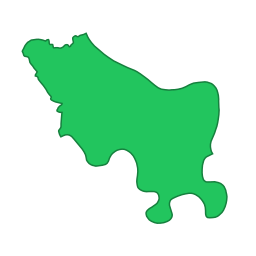 Tan Tru, Long An, Vietnam (Albers equal-area conic projection), rotated 352°
{"feature_id": "81297802B79980761269040", "entity_name": "Tan Tru", "entity_type": "district", "adm_level": 2, "iso_a3": "VNM", "parent_name": "Vietnam", "parent_adm1": "Long An", "projection": "albers", "projection_center": [106.499, 10.529], "detail": "fine", "context": "isolated", "style": "filled", "palette": "green", "viewbox_px": 256, "rotation_deg": 352, "n_neighbors": 0, "source": "geoboundaries", "source_scale": "gbopen_adm2", "svg_char_len": 4391}
<svg xmlns="http://www.w3.org/2000/svg" viewBox="0 0 256 256"><g transform="rotate(352 128 128)"><path d="M40.6,29.2L39.3,30.3L37.6,32.0L36.7,33.3L35.6,35.0L34.5,36.5L34.1,37.1L34.0,37.4L34.2,38.2L34.4,38.6L34.7,40.0L34.8,41.0L34.9,41.4L35.2,42.0L35.4,42.3L36.0,42.7L37.1,43.0L38.6,43.6L39.2,44.3L39.5,44.9L39.7,45.4L39.8,46.5L39.9,47.9L40.0,49.3L40.6,50.7L42.4,53.6L43.3,55.6L44.6,57.6L45.9,59.7L45.2,60.7L43.7,62.5L43.5,63.6L44.8,64.1L45.5,64.8L46.0,65.6L45.9,66.7L46.1,67.5L48.1,71.0L50.0,74.0L51.0,75.9L52.3,78.5L53.4,81.5L54.7,83.9L56.2,86.1L56.3,86.4L56.3,86.8L55.7,87.8L55.5,88.3L55.6,88.9L56.1,89.6L58.0,91.0L59.9,92.1L63.7,93.6L66.1,94.5L65.7,95.5L65.4,95.8L63.4,96.8L61.8,98.1L60.9,99.6L60.3,100.2L60.1,100.8L60.1,101.3L60.9,102.0L62.0,102.7L63.6,103.2L64.8,103.4L64.4,105.0L63.7,108.0L62.3,114.4L61.9,117.2L61.4,118.4L60.0,119.9L59.5,120.3L59.1,120.8L58.9,121.4L58.9,121.7L59.1,123.3L59.3,124.7L59.9,126.5L60.3,127.4L62.8,126.6L65.1,126.1L67.0,126.2L69.0,126.9L71.0,128.5L73.0,131.5L76.0,136.4L79.7,142.4L81.3,145.8L81.8,147.5L82.1,148.1L82.3,149.5L82.4,150.4L82.5,152.5L82.5,153.9L82.8,154.6L83.1,155.4L83.5,156.1L84.6,157.8L86.4,159.3L87.8,160.1L89.5,160.7L90.2,161.1L91.8,161.3L94.0,161.3L97.5,161.3L100.7,160.9L102.4,160.0L104.0,158.1L105.6,155.0L107.6,152.4L109.2,151.0L111.9,149.4L114.1,148.5L116.8,148.1L119.1,148.1L121.4,148.6L123.6,149.8L125.9,151.7L126.2,152.0L127.4,153.3L129.3,156.2L130.4,159.0L131.2,161.8L131.7,164.0L132.0,169.0L131.7,172.4L130.8,176.3L129.8,179.7L129.3,182.0L129.2,183.5L129.2,184.1L129.2,185.4L129.3,186.8L129.5,187.9L129.6,188.3L130.1,189.2L131.1,190.4L132.3,191.4L134.1,192.5L135.6,193.1L137.4,193.6L139.7,193.8L142.8,194.2L145.2,194.6L146.5,195.2L147.9,196.2L148.5,197.3L149.0,198.6L149.1,199.8L149.1,201.6L148.9,202.6L148.4,203.7L147.5,205.1L146.2,206.7L144.5,207.7L140.6,209.7L137.9,210.8L135.8,212.2L134.8,213.2L134.1,214.5L134.0,215.3L134.0,216.3L134.2,218.0L135.4,220.4L136.3,221.9L138.2,223.6L141.2,225.4L143.6,226.3L146.9,226.7L150.3,226.7L153.8,226.0L156.1,225.1L157.2,224.3L157.9,223.7L158.7,222.7L159.1,222.1L159.5,221.0L159.7,220.0L159.6,218.6L158.8,213.7L158.3,210.3L158.6,208.1L159.4,206.3L160.3,205.1L162.3,204.0L164.5,203.3L164.7,203.2L168.1,202.3L172.2,201.5L175.7,201.2L179.3,201.1L181.4,201.4L183.3,202.0L185.6,203.3L188.5,205.8L190.2,208.1L191.4,210.1L192.4,212.3L193.1,214.2L193.5,217.3L193.3,220.7L193.0,223.0L192.9,224.3L193.1,226.0L193.5,226.8L193.7,227.1L194.3,227.7L195.1,227.9L196.1,228.2L197.1,228.3L199.5,228.5L202.0,228.5L204.4,227.9L206.2,226.9L209.3,224.7L211.1,222.7L213.2,219.4L214.7,216.1L215.6,213.4L216.0,211.7L216.4,209.8L216.4,208.3L216.4,207.2L216.2,205.4L216.1,203.2L215.8,202.1L215.0,199.5L214.1,198.0L212.1,195.9L209.8,194.6L206.3,193.3L202.2,192.9L198.3,192.4L197.2,191.8L195.9,190.4L195.4,189.2L195.0,186.3L195.1,182.8L195.7,179.0L196.6,175.1L198.0,171.7L198.6,170.4L200.0,168.7L201.6,167.5L204.0,166.7L208.2,165.3L207.3,162.9L207.1,161.4L207.0,159.7L207.0,158.1L207.4,155.5L208.4,152.7L210.1,149.9L212.1,146.6L213.1,144.9L213.2,144.7L214.7,141.6L216.2,138.7L217.5,135.3L218.6,131.8L219.8,127.5L220.7,122.9L220.8,120.4L221.2,116.6L221.5,113.8L221.8,112.1L222.0,108.4L221.8,105.8L221.4,103.0L220.6,100.6L219.4,98.6L218.2,97.0L216.9,95.7L215.0,94.7L212.8,93.6L210.5,93.0L208.3,92.9L204.0,92.7L199.2,92.7L197.4,93.1L196.2,93.4L194.7,93.8L190.9,95.2L187.1,96.2L183.1,96.6L179.7,96.6L177.7,96.4L176.8,96.3L174.0,96.2L170.2,95.3L166.4,94.2L163.5,92.4L160.5,89.5L157.1,85.8L154.5,82.8L152.2,80.5L151.3,79.6L147.7,76.1L146.2,74.8L144.7,73.5L142.3,71.8L139.7,70.3L135.9,68.1L131.8,65.4L123.2,59.6L117.9,54.9L114.4,51.5L110.2,46.7L106.2,42.2L103.7,38.4L101.9,35.0L100.8,32.3L100.0,29.4L99.7,28.4L97.2,29.2L95.6,29.4L93.5,29.6L92.2,30.2L91.6,30.6L90.7,30.5L90.0,30.2L89.2,29.4L88.1,29.5L86.6,30.3L85.9,31.0L85.7,31.8L85.7,33.0L85.8,34.2L85.9,35.4L85.8,35.8L85.2,36.5L84.5,37.0L83.0,38.0L82.4,39.1L81.6,39.3L81.4,39.4L81.0,39.2L80.8,38.6L80.2,37.6L79.6,37.1L78.7,36.9L77.6,37.0L76.9,37.3L75.1,38.7L73.2,39.4L71.7,39.5L70.4,39.0L69.2,38.6L67.6,38.4L66.2,38.4L65.5,38.2L65.2,37.6L65.2,36.6L65.1,35.9L65.0,34.9L64.5,34.7L64.0,34.6L62.9,34.6L62.2,34.3L62.0,33.9L61.8,33.0L61.9,31.3L61.8,29.9L61.5,29.4L61.1,29.4L60.4,29.4L59.7,29.6L58.6,30.4L57.7,30.0L57.2,29.8L55.9,29.1L53.7,28.3L51.6,27.7L49.6,27.5L46.8,27.5L44.5,27.5L43.5,27.9L42.3,28.5L40.6,29.2Z" fill="#22c55e" stroke="#15803d" stroke-width="1.5"/></g></svg>